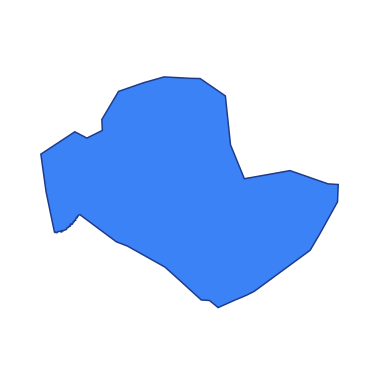 Saixan-Ovoo, Dundgovi, Mongolia, rotated 75°
{"feature_id": "93677404B35030866925592", "entity_name": "Saixan-Ovoo", "entity_type": "district", "adm_level": 2, "iso_a3": "MNG", "parent_name": "Mongolia", "parent_adm1": "Dundgovi", "projection": "albers", "projection_center": [104.099, 45.572], "detail": "fine", "context": "isolated", "style": "filled", "palette": "blue", "viewbox_px": 384, "rotation_deg": 75, "n_neighbors": 0, "source": "geoboundaries", "source_scale": "gbopen_adm2", "svg_char_len": 2124}
<svg xmlns="http://www.w3.org/2000/svg" viewBox="0 0 384 384"><g transform="rotate(75 192 192)"><path d="M98.6,260.3L109.3,262.7L112.7,279.6L111.4,281.0L103.5,289.6L116.3,328.2L154.0,332.9L190.5,335.0L195.2,335.2L195.1,334.9L195.1,334.6L195.2,334.4L195.3,334.2L195.8,334.0L196.0,334.0L196.1,333.9L196.2,333.7L196.2,333.4L196.1,333.2L196.0,332.8L196.1,332.7L195.8,332.5L195.7,332.3L195.7,332.2L195.7,331.9L195.7,331.7L195.8,331.5L195.8,331.2L195.7,330.9L195.6,330.4L195.6,330.2L195.8,329.7L196.0,329.5L196.1,329.3L196.3,329.1L196.5,329.0L196.7,328.8L196.8,328.7L196.9,328.3L196.8,328.1L196.7,328.0L196.1,328.0L195.8,328.0L195.6,328.0L195.5,327.8L195.5,327.7L195.7,327.4L196.0,327.2L196.2,326.9L196.2,326.6L196.2,326.3L196.0,326.0L195.9,325.7L195.8,325.2L195.8,324.8L195.8,324.3L195.7,323.7L195.7,323.2L195.6,322.9L195.4,322.7L195.2,322.7L194.9,322.5L194.7,322.2L194.3,321.7L194.1,321.6L194.1,321.4L194.1,321.1L194.2,320.8L194.2,320.6L194.1,320.4L193.7,320.2L193.4,320.0L193.4,319.7L193.4,319.3L193.6,319.1L193.6,318.8L193.6,318.6L193.3,318.4L193.0,318.4L192.8,318.2L192.7,318.1L192.6,317.9L192.6,317.7L192.4,317.5L192.2,317.6L191.9,317.8L191.6,317.8L191.5,317.7L191.4,317.5L191.4,317.3L191.4,317.1L191.5,317.0L191.7,316.7L192.0,316.4L192.1,316.1L192.0,315.8L191.5,315.3L191.1,315.0L190.5,314.7L190.0,314.3L190.0,314.0L190.0,313.8L190.2,313.5L190.2,313.4L189.8,313.2L189.6,313.2L189.4,313.1L189.2,312.9L189.2,312.5L189.2,312.0L189.2,311.6L188.9,311.5L188.6,311.6L188.4,311.6L188.1,311.4L187.9,311.3L187.6,311.2L187.3,311.0L187.2,310.7L187.2,310.4L187.2,310.0L187.1,309.6L187.0,309.4L186.8,309.4L186.6,309.4L186.4,309.5L186.2,309.4L186.0,309.1L186.0,308.8L185.9,308.4L185.7,308.3L185.4,308.2L185.1,307.6L185.0,306.9L184.9,306.4L184.8,306.1L185.7,305.5L220.5,278.0L227.5,268.4L257.5,237.6L269.4,229.8L298.7,211.0L301.3,203.2L310.4,196.7L307.7,179.9L305.8,166.1L304.1,157.7L278.8,92.9L265.3,79.2L239.2,54.0L222.6,48.8L219.3,58.6L196.7,91.8L192.7,138.0L156.4,142.6L107.8,134.9L105.2,137.1L91.9,148.5L84.5,154.8L81.8,164.1L73.6,189.2L73.9,210.4L75.8,236.9L98.6,260.3Z" fill="#3b82f6" stroke="#1e3a8a" stroke-width="1.5"/></g></svg>